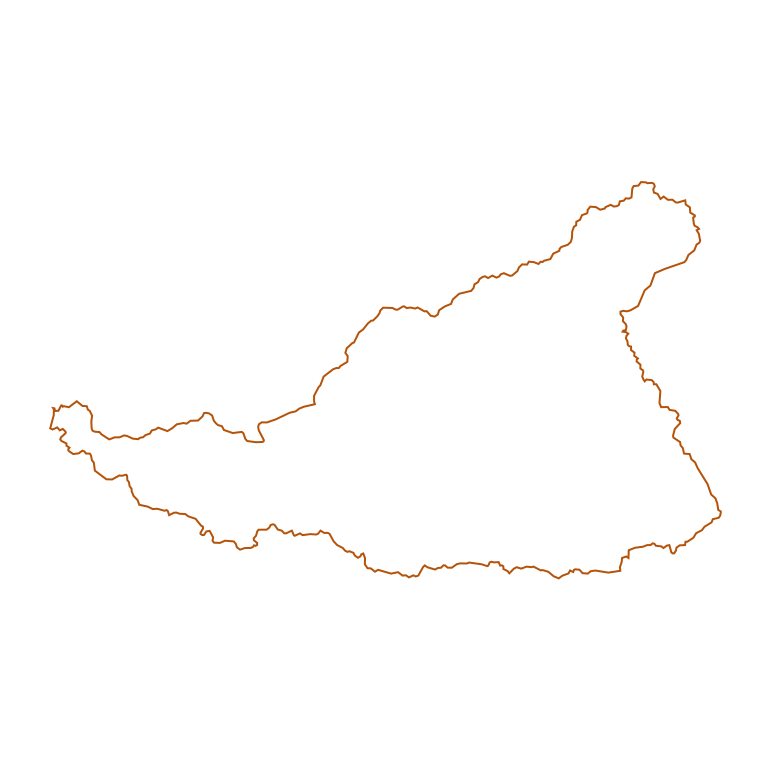 the district of Chiure, Cabo Delgado, Mozambique, rotated 179°
{"feature_id": "85939544B26812417695120", "entity_name": "Chiure", "entity_type": "district", "adm_level": 2, "iso_a3": "MOZ", "parent_name": "Mozambique", "parent_adm1": "Cabo Delgado", "projection": "robinson", "projection_center": [39.723, -13.545], "detail": "fine", "context": "isolated", "style": "outline", "palette": "amber", "viewbox_px": 768, "rotation_deg": 179, "n_neighbors": 0, "source": "geoboundaries", "source_scale": "gbopen_adm2", "svg_char_len": 6099}
<svg xmlns="http://www.w3.org/2000/svg" viewBox="0 0 768 768"><g transform="rotate(179 384 384)"><path d="M162.9,191.5L151.0,193.1L151.3,196.7L149.4,202.1L149.0,205.9L144.9,207.3L142.6,205.8L142.2,213.5L135.9,215.9L127.8,216.8L123.9,218.3L120.4,218.3L118.0,220.0L116.4,219.5L114.9,217.5L109.5,216.8L107.4,215.1L104.0,217.5L101.5,217.9L99.6,210.6L98.4,209.6L96.8,209.7L95.0,212.4L94.4,215.3L91.2,217.5L85.8,217.7L85.3,221.0L83.5,221.0L77.4,224.8L74.5,229.4L68.7,232.3L65.9,235.8L58.9,239.9L57.6,243.1L51.7,244.4L50.2,246.5L49.5,249.7L49.5,250.7L52.0,252.3L52.9,258.9L54.6,263.9L58.8,267.8L62.2,278.2L71.8,294.3L74.3,300.2L78.0,303.4L79.6,308.6L85.2,309.2L86.4,314.8L88.5,317.4L89.0,320.8L95.6,325.4L95.9,327.2L94.1,333.9L88.5,339.7L88.9,342.0L91.0,342.9L91.9,344.4L90.1,347.5L90.3,348.8L93.2,352.1L98.9,353.1L100.6,356.0L107.3,356.0L108.9,360.2L107.8,372.1L111.7,379.0L114.2,379.0L114.3,381.1L116.2,383.2L121.5,383.9L123.3,382.1L124.2,383.4L125.7,386.9L124.5,391.5L124.8,393.1L127.4,395.0L127.3,398.9L131.0,402.1L130.9,403.8L129.7,405.1L133.3,407.8L133.0,411.0L136.4,413.6L136.3,417.1L138.4,417.6L139.6,419.1L139.8,422.4L141.3,425.4L140.8,427.7L138.9,430.0L141.1,431.6L144.5,432.2L143.8,433.2L141.3,433.7L140.5,437.4L141.3,439.7L144.0,442.7L143.7,446.3L146.4,449.9L146.3,452.2L143.4,453.0L140.0,452.4L136.4,453.3L128.6,457.6L121.7,473.1L115.9,477.8L111.2,490.1L101.4,494.1L81.5,500.6L79.6,502.8L77.3,507.8L71.5,512.1L69.0,518.0L66.2,519.8L65.4,521.7L66.6,528.7L68.7,532.3L66.3,533.6L67.8,535.3L70.7,536.8L71.5,539.2L72.0,545.0L70.3,546.1L70.3,547.2L74.8,550.0L75.1,555.3L79.2,558.2L79.6,562.4L87.4,560.2L89.3,560.6L92.3,563.2L96.9,563.2L101.1,566.5L104.3,564.2L107.1,569.3L110.8,570.7L111.4,574.1L109.8,576.9L110.6,579.3L112.3,580.4L117.4,580.2L118.3,581.0L123.5,581.4L126.2,577.9L130.9,577.6L132.3,575.2L133.3,566.3L135.7,565.1L139.0,565.4L141.1,563.1L145.0,562.5L146.0,559.0L147.8,557.8L151.1,557.4L154.2,559.2L159.4,557.0L160.4,555.5L164.9,554.5L169.0,557.2L174.7,557.7L177.5,554.2L177.3,552.8L178.2,551.0L183.1,549.4L185.2,544.7L188.9,542.9L189.1,539.3L191.4,537.9L193.2,532.9L193.5,526.9L194.7,522.9L197.8,520.0L204.3,517.9L206.0,516.2L206.4,514.1L212.5,511.4L215.5,506.0L222.0,504.4L223.3,503.2L225.4,503.5L227.4,501.3L231.9,503.2L237.0,503.8L238.8,500.9L243.8,501.2L247.0,498.2L248.7,494.5L254.1,490.2L256.3,490.0L262.2,492.7L265.4,491.6L267.0,489.5L269.7,488.4L273.8,490.5L278.1,488.1L281.0,489.9L283.4,489.4L286.6,487.3L288.2,484.2L291.8,482.1L292.8,478.4L295.2,475.6L307.3,472.9L313.7,467.4L315.6,462.9L321.9,460.5L327.6,456.8L329.0,452.5L332.1,450.5L336.2,451.5L340.1,456.1L342.3,455.9L349.0,459.9L351.5,458.9L356.3,460.0L359.9,459.5L362.5,461.3L363.7,461.2L369.1,458.1L370.8,458.1L374.3,459.9L383.6,460.3L386.5,457.4L387.3,454.8L389.4,451.9L393.8,447.7L395.7,447.5L398.9,445.0L403.9,439.0L408.2,435.9L413.3,426.0L414.9,425.5L420.6,420.4L422.1,415.8L419.8,412.5L420.3,406.8L427.3,402.7L429.0,400.7L431.3,400.8L434.5,399.7L444.2,392.5L447.7,383.7L449.3,382.2L454.1,373.5L454.2,367.6L453.5,365.0L464.4,362.7L469.1,360.9L472.8,358.2L478.8,356.9L492.9,350.5L501.8,347.6L506.9,347.8L509.8,345.9L510.6,343.3L510.0,339.9L505.2,330.2L505.2,329.1L506.3,328.2L513.0,328.0L521.8,329.4L523.6,331.5L525.4,337.1L527.0,338.6L536.1,337.6L544.8,340.8L546.8,344.6L550.7,345.8L552.6,347.5L554.8,350.3L556.4,355.5L559.5,357.7L562.5,358.3L564.4,358.1L566.0,354.8L570.6,350.7L578.1,350.6L582.0,347.8L585.2,348.5L591.9,347.3L596.5,343.5L601.4,340.7L610.5,344.3L612.9,342.7L617.0,341.6L618.9,338.5L623.3,337.1L625.8,335.0L628.9,334.5L630.8,333.1L636.3,333.8L641.9,336.6L644.8,337.1L649.4,335.3L654.1,335.4L659.7,333.4L667.4,338.6L669.3,340.9L674.2,341.4L676.3,342.5L677.1,344.9L677.3,351.5L676.4,357.3L678.6,362.2L680.5,363.5L681.6,367.0L685.8,367.3L691.5,372.1L699.4,366.3L704.5,367.4L705.5,366.9L706.5,368.3L707.2,368.1L710.0,362.9L713.4,362.8L713.9,365.4L715.2,365.7L714.5,364.4L714.7,358.8L718.5,345.5L716.1,344.3L711.5,346.3L708.9,343.3L706.0,344.7L704.0,342.7L703.0,341.3L703.3,340.3L707.9,336.3L708.7,334.2L707.4,332.6L702.6,330.1L702.5,327.8L699.6,325.8L700.9,324.2L700.6,322.7L696.0,319.4L690.5,320.0L686.8,322.6L684.8,321.8L683.1,319.7L679.3,319.5L678.2,317.6L677.4,313.0L675.5,310.4L674.6,302.4L663.3,293.6L657.5,293.3L650.2,297.2L647.7,296.8L643.4,297.8L642.5,296.8L642.3,292.4L640.7,290.3L640.2,286.5L638.2,283.6L638.2,281.3L636.4,276.5L632.4,272.2L630.8,267.5L622.3,265.5L617.4,263.0L612.8,263.2L605.6,261.1L603.5,261.7L602.3,260.6L601.1,256.6L596.4,258.9L594.0,259.1L590.5,257.8L585.0,257.5L582.0,255.1L574.7,252.5L569.5,245.7L567.6,244.6L567.5,242.6L570.1,238.4L570.0,237.2L568.4,236.2L566.6,236.2L564.2,239.7L560.9,240.2L557.5,233.6L558.2,230.3L556.7,228.3L550.7,228.0L545.7,230.1L536.9,229.2L534.9,226.7L533.9,223.2L530.8,220.9L526.1,222.4L520.1,222.4L518.0,223.3L516.7,225.0L515.4,224.4L513.7,225.2L513.6,227.3L516.8,230.0L517.0,231.9L514.6,234.5L513.3,238.8L512.0,240.5L503.9,240.4L501.2,242.4L499.8,245.0L497.4,245.7L495.8,245.0L492.8,240.4L488.7,239.1L486.3,236.4L484.5,236.4L478.7,239.0L476.8,234.4L475.9,233.8L470.6,236.1L468.1,234.3L460.3,235.2L454.5,234.7L452.7,235.3L450.0,238.5L446.5,236.2L442.8,236.1L441.1,235.2L437.1,227.6L433.7,223.8L428.1,220.8L425.8,218.0L423.5,216.8L421.5,217.4L417.5,215.7L416.2,213.0L413.1,210.7L410.9,211.9L409.5,214.2L407.7,214.9L406.0,210.2L406.3,204.1L403.7,200.1L400.5,199.9L396.3,196.5L393.2,198.3L380.2,194.3L373.2,195.6L368.8,192.1L365.5,192.4L362.4,190.2L358.0,192.2L355.5,191.0L353.0,191.9L348.1,200.3L346.4,201.9L343.8,200.0L336.2,197.6L333.3,199.1L330.2,199.3L327.7,201.7L326.1,201.5L323.6,199.3L319.5,199.1L314.3,202.6L311.1,203.3L304.1,203.1L302.1,204.0L289.3,202.0L284.0,200.1L283.0,200.5L281.4,203.8L279.9,204.4L276.9,203.7L272.5,203.9L271.0,200.4L269.2,200.6L267.9,199.7L267.8,196.9L263.7,194.8L262.0,192.5L257.5,197.0L254.6,198.5L250.0,197.0L244.7,198.9L239.6,198.3L237.7,198.8L230.5,194.9L228.7,195.2L223.0,193.4L217.7,188.8L212.7,186.6L208.9,189.3L202.9,191.3L201.2,194.3L198.1,192.7L197.3,194.8L196.1,195.4L191.8,194.9L188.8,191.4L183.6,190.9L180.6,193.2L176.0,193.8L162.9,191.5Z" fill="none" stroke="#b45309" stroke-width="2"/></g></svg>